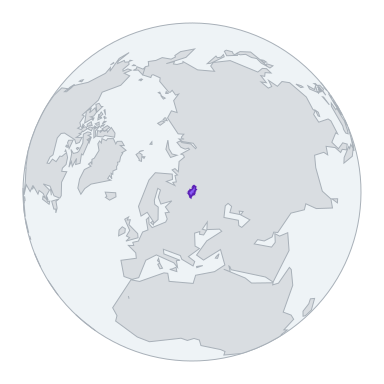 Kostroma on an orthographic globe, rotated 318°
{"feature_id": "RUS-2356", "entity_name": "Kostroma", "entity_type": "Region", "adm_level": 1, "iso_a3": "RUS", "parent_name": "Russia", "parent_adm1": "", "projection": "orthographic", "projection_center": [43.479, 58.454], "detail": "fine", "context": "on_globe", "style": "filled", "palette": "violet", "viewbox_px": 384, "rotation_deg": 318, "n_neighbors": 0, "source": "natural_earth", "source_scale": "10m", "svg_char_len": 13239}
<svg xmlns="http://www.w3.org/2000/svg" viewBox="0 0 384 384"><g transform="rotate(318 192 192)"><circle cx="192" cy="192" r="169" fill="#eef3f6" stroke="#a8b0b8"/><path d="M130.9,34.5L138.8,31.7L133.7,33.4L138.0,31.9L145.4,29.8L153.9,27.8L164.9,27.5L168.9,32.2L164.3,32.1L165.8,33.5L171.6,33.8L175.1,33.7L188.2,41.0L207.1,45.9L214.7,44.9L211.8,47.4L227.3,44.0L238.6,46.3L224.8,45.4L222.6,46.7L229.7,48.9L229.0,50.7L232.1,53.0L230.6,55.0L222.7,54.7L221.6,56.1L226.7,57.6L228.5,60.9L221.1,58.4L223.4,64.0L210.5,65.0L192.0,57.7L183.8,61.1L161.9,61.3L162.8,63.5L155.1,65.4L153.3,68.8L149.7,68.1L151.4,71.4L155.0,71.4L156.9,72.8L156.2,74.9L151.5,74.3L151.2,73.2L149.5,74.2L147.4,73.0L148.0,74.8L142.5,74.0L146.8,77.8L141.5,79.8L138.1,78.5L139.9,74.7L136.7,62.9L133.9,60.9L128.0,61.7L113.6,71.4L109.9,71.0L103.6,73.5L105.0,75.3L110.3,74.2L111.3,78.5L117.8,76.9L119.1,78.5L125.1,78.7L122.6,83.1L116.8,87.3L111.7,87.5L109.0,89.5L112.5,93.1L101.7,97.4L92.3,107.3L89.6,108.1L86.9,102.5L90.4,92.7L86.9,86.5L87.4,95.2L80.8,97.5L79.0,99.9L78.4,102.6L80.2,103.6L77.6,105.5L76.1,97.4L78.4,95.5L78.9,98.0L80.4,93.6L79.4,88.6L76.1,90.5L78.0,81.9L75.7,83.2L74.8,82.2L78.3,80.6L72.0,83.4L73.7,75.8L65.1,81.8L75.4,72.5L80.2,67.6L85.3,62.6L83.9,63.4L92.5,56.2L97.3,52.2L96.1,52.9L107.2,45.8L118.8,39.7L130.9,34.5ZM34.0,132.2L31.9,138.1L29.3,146.5L34.0,132.2ZM25.9,161.1L24.1,173.5L23.5,179.0L25.9,161.1ZM23.6,205.4L24.4,212.8L27.1,228.5L27.5,230.7L25.1,218.1L23.6,205.4ZM63.3,83.1L51.6,98.7L56.1,91.7L55.7,92.5L59.1,88.1L64.7,81.2L69.2,75.9L63.3,83.1ZM62.9,85.5L64.7,83.2L63.2,85.3L62.9,85.5ZM176.8,33.4L171.8,33.6L166.8,32.8L171.0,32.4L176.8,33.4ZM186.3,35.8L183.8,36.3L182.4,34.3L184.2,34.6L186.3,35.8ZM220.3,43.9L216.4,43.0L220.4,43.3L220.3,43.9ZM232.8,52.9L234.1,52.6L235.1,53.9L232.8,52.9ZM126.2,76.3L125.6,77.5L124.8,76.8L126.2,76.3ZM129.2,75.4L128.6,73.8L130.0,73.1L130.3,74.1L129.2,75.4ZM233.8,58.4L235.0,60.7L232.4,58.3L233.8,58.4ZM129.7,77.5L132.5,72.1L134.9,71.0L138.3,73.9L129.7,77.5ZM234.9,62.0L237.9,68.0L241.2,67.7L233.7,72.0L233.6,65.4L229.8,62.3L233.3,63.2L234.9,62.0ZM156.4,70.5L152.6,70.6L156.5,68.6L156.4,70.5ZM158.4,68.9L167.6,61.3L173.0,62.4L168.8,64.6L176.3,64.6L174.4,68.8L169.8,69.8L166.8,68.2L168.4,71.0L158.4,68.9ZM229.1,73.5L228.7,75.0L227.6,73.4L229.1,73.5ZM158.0,73.3L159.3,71.6L164.1,72.3L162.2,75.9L161.3,74.5L158.0,73.3ZM179.2,62.6L182.3,63.9L181.7,67.7L182.8,68.7L174.8,69.0L179.2,62.6ZM159.8,75.4L161.1,77.7L158.2,79.3L156.9,75.0L159.8,75.4ZM166.1,71.0L168.3,71.6L166.4,72.4L166.1,71.0ZM148.7,86.5L150.2,84.2L152.8,84.4L148.7,86.5ZM161.8,78.5L162.7,78.0L163.9,77.8L164.2,79.7L161.8,78.5ZM174.9,71.7L173.9,73.1L178.1,71.8L177.8,74.6L172.5,74.4L174.6,75.7L174.5,76.6L170.3,75.4L174.9,71.7ZM168.0,81.2L161.1,82.1L157.7,86.2L155.3,86.1L161.2,79.6L168.0,81.2ZM169.7,77.9L168.1,79.9L165.9,78.7L165.7,76.6L169.7,77.9ZM179.4,76.8L181.3,72.4L182.4,72.6L179.4,76.8ZM167.4,82.6L169.1,82.4L167.4,83.0L167.4,82.6ZM176.2,78.8L176.7,77.2L178.0,77.5L176.2,78.8ZM172.0,83.3L169.8,83.6L169.5,82.1L172.0,83.3ZM174.3,81.4L175.8,82.2L170.8,81.4L174.3,80.6L174.3,81.4ZM177.3,79.3L178.2,79.0L176.9,80.0L177.3,79.3ZM174.1,88.9L167.8,88.3L167.3,84.9L173.5,86.0L174.1,88.9ZM124.0,346.7L120.8,345.2L106.6,334.5L109.8,332.6L107.8,328.2L95.9,312.1L98.4,306.9L95.5,302.2L89.2,299.2L86.0,293.3L82.3,290.7L60.2,274.8L54.3,263.1L48.9,236.8L53.5,233.7L55.6,224.9L87.9,216.4L93.2,223.4L117.0,233.3L119.6,236.2L115.2,243.1L131.7,260.7L139.0,256.3L155.5,266.3L167.6,268.2L174.7,253.8L155.0,250.3L153.2,241.9L170.3,238.2L187.8,241.1L187.6,238.0L177.9,229.9L183.3,224.5L174.7,226.6L177.2,230.2L171.9,231.7L169.3,228.5L171.3,226.6L166.4,224.3L158.1,234.2L159.7,239.0L146.1,237.6L147.5,245.5L143.3,247.7L139.4,235.2L140.8,231.4L132.4,215.4L129.7,219.2L137.4,234.7L134.4,232.6L130.8,238.4L131.1,232.4L123.4,214.9L112.0,211.8L95.1,220.0L89.0,216.8L84.9,209.3L93.5,195.2L106.3,204.0L109.5,199.5L109.0,189.1L112.9,192.8L114.3,189.8L119.3,192.6L128.5,188.7L133.9,190.7L139.5,181.9L143.0,181.8L138.7,187.0L138.6,191.8L152.3,196.7L155.5,195.5L158.1,189.5L161.5,191.8L162.2,185.3L171.1,185.1L160.8,180.1L163.5,173.3L169.9,169.4L169.0,166.4L158.5,172.9L156.0,176.3L156.8,180.6L148.3,189.8L143.2,189.8L145.1,177.1L138.0,175.8L142.6,166.9L168.0,154.3L177.6,153.1L189.3,165.5L185.9,169.6L180.0,167.0L183.6,175.7L184.2,172.0L187.1,174.0L190.4,168.4L192.6,169.6L192.0,162.3L195.0,163.2L195.4,167.8L202.8,160.7L209.7,161.0L210.4,158.8L209.1,156.4L218.7,158.7L218.7,157.0L215.6,155.6L213.7,151.4L214.0,145.1L217.3,146.2L217.6,148.6L223.3,155.6L223.6,162.2L225.0,162.0L225.5,156.6L218.6,148.0L217.8,143.9L221.6,147.4L220.2,145.8L220.8,144.1L224.6,143.6L220.6,139.5L223.4,120.6L231.0,117.9L234.1,123.0L239.5,111.8L247.6,110.3L244.7,109.0L245.3,103.1L242.8,103.4L241.5,102.4L242.0,88.2L244.7,85.9L241.6,78.8L240.1,78.2L238.0,79.4L233.7,72.0L241.2,67.7L244.2,69.3L246.8,65.8L253.3,70.1L259.8,72.2L265.4,79.3L270.1,80.6L270.6,79.1L277.4,80.0L289.6,87.4L277.6,87.9L258.8,79.4L266.3,83.3L263.9,84.5L266.2,87.2L271.6,90.0L272.6,89.0L277.9,105.0L289.5,117.4L290.2,110.9L294.5,110.0L308.3,119.9L321.2,146.9L327.0,147.2L329.9,150.2L330.4,156.5L326.2,152.2L323.4,154.7L321.0,151.5L320.4,160.6L316.9,156.4L318.2,165.8L321.8,167.0L323.6,160.3L326.2,170.6L332.8,170.1L337.7,176.1L340.5,197.9L337.1,211.5L337.8,214.1L334.3,215.7L332.9,224.9L342.0,228.8L342.8,232.1L339.1,246.3L338.4,244.2L329.2,248.6L329.8,257.8L336.9,256.3L339.4,260.3L335.0,264.1L332.2,260.8L328.9,262.1L328.1,254.8L322.2,247.8L317.7,255.2L316.5,250.7L307.7,246.7L300.2,256.8L289.4,278.6L290.6,290.1L285.7,297.9L273.3,287.5L268.7,276.9L263.6,280.4L251.4,273.9L228.6,279.5L225.9,276.5L221.5,279.0L212.9,276.7L208.9,271.3L203.5,272.2L214.3,286.2L220.2,285.1L225.7,278.4L227.6,283.4L235.9,286.3L225.0,300.4L192.0,313.2L189.7,304.3L169.1,276.0L170.2,272.8L170.1,272.4L169.9,271.7L167.1,276.8L163.9,270.6L174.0,291.5L175.3,299.5L191.5,313.7L189.8,315.0L195.3,317.6L213.9,313.2L213.9,316.0L204.5,328.7L179.4,342.3L183.3,349.8L182.4,354.6L168.0,355.9L170.5,358.3L163.2,357.7L163.6,358.4L158.9,357.7L147.0,354.9L135.3,351.2L124.0,346.7ZM75.1,226.7L73.8,229.2L75.1,226.7ZM205.3,251.6L216.4,251.4L212.9,241.6L216.9,240.7L214.3,237.8L212.6,240.9L206.4,232.6L211.8,229.2L211.2,224.6L207.5,224.5L198.7,232.3L207.5,244.0L204.3,248.3L205.3,251.6ZM31.8,138.5L30.9,141.2L31.6,138.8L31.8,138.5ZM55.6,92.3L53.7,95.0L52.3,97.0L53.6,95.1L55.6,92.3ZM42.0,115.9L40.3,119.7L41.6,116.4L42.0,115.9ZM50.0,101.1L43.3,113.1L45.9,107.5L50.3,100.1L47.9,104.3L50.0,101.1ZM61.5,86.1L60.1,88.0L59.8,88.0L61.5,86.1ZM61.8,87.1L62.2,86.5L63.4,85.2L61.8,87.1ZM80.9,97.9L81.0,98.6L79.8,101.4L79.3,100.3L80.9,97.9ZM81.0,113.7L76.8,116.4L79.4,113.6L77.9,112.3L81.6,104.9L88.5,108.2L84.7,107.9L81.0,113.7ZM88.4,96.2L85.3,100.3L88.4,95.7L88.4,96.2ZM116.9,171.2L117.9,174.6L114.9,177.3L108.1,175.5L112.3,171.5L116.9,171.2ZM120.0,178.9L123.8,167.2L128.2,168.1L125.1,169.5L127.6,171.3L123.3,174.1L123.8,186.6L121.3,189.9L110.0,184.3L115.1,184.2L113.8,180.8L120.0,178.9ZM125.7,138.3L127.4,134.0L134.8,141.5L132.3,144.7L125.3,142.9L124.1,138.0L125.7,138.3ZM135.1,83.8L135.3,82.2L136.6,82.2L137.5,83.7L135.1,83.8ZM149.2,85.4L135.7,91.5L135.3,89.8L128.0,95.8L123.9,93.7L128.7,89.8L120.1,92.9L122.8,88.6L117.1,91.2L128.4,82.9L130.5,79.4L129.7,84.0L133.4,86.0L135.7,85.8L143.6,82.6L150.0,76.3L154.7,77.5L156.4,80.0L155.5,81.7L152.7,80.3L153.7,83.6L149.0,83.0L149.2,85.4ZM172.7,112.2L169.8,109.4L170.9,116.9L166.2,115.9L166.6,116.8L162.6,118.0L158.4,121.1L156.5,120.0L155.7,121.7L153.0,122.6L151.3,124.7L147.3,123.5L144.9,125.9L144.4,124.0L141.2,128.6L141.8,124.6L138.3,125.6L139.6,128.9L122.3,118.6L114.6,117.7L107.9,119.3L109.8,112.7L117.2,107.1L127.0,103.3L134.2,105.2L133.7,102.0L137.0,102.1L136.0,104.6L139.5,100.8L142.0,101.5L150.7,98.9L154.3,93.2L157.5,92.2L157.4,94.9L160.8,92.1L162.6,96.4L165.0,95.9L169.3,99.7L167.5,105.3L170.3,104.3L173.7,107.3L172.7,112.2ZM175.2,90.1L174.2,96.7L171.1,99.5L165.0,91.6L162.6,91.5L158.6,86.9L163.1,83.1L163.8,84.7L165.6,85.5L163.4,86.4L166.5,86.2L167.6,88.5L170.2,89.1L169.2,91.0L175.2,90.1ZM123.7,234.6L126.0,236.0L129.8,237.2L127.5,241.0L123.7,234.6ZM118.2,222.8L120.4,223.3L119.1,228.9L116.8,227.6L118.2,222.8ZM122.8,218.9L120.7,222.9L120.4,219.9L122.8,218.9ZM140.8,187.1L143.3,187.4L143.2,188.9L141.3,190.6L140.8,187.1ZM174.9,135.4L173.7,133.1L174.7,132.4L175.5,126.7L179.0,127.2L179.9,130.8L174.9,135.4ZM170.8,256.0L166.6,258.4L165.1,256.7L166.8,256.2L170.8,256.0ZM145.6,250.4L150.8,253.9L144.9,251.4L145.6,250.4ZM178.8,134.9L178.7,132.5L180.6,134.3L178.8,134.9ZM181.6,127.3L183.9,128.8L179.5,126.6L181.6,127.3ZM211.9,353.1L201.7,359.6L193.5,359.8L191.4,358.6L194.7,354.9L204.0,353.2L208.5,350.6L211.9,353.1ZM353.7,241.0L351.8,246.8L352.3,245.2L353.7,240.8L353.7,241.0ZM351.2,248.4L343.5,264.7L340.0,269.9L341.2,267.1L346.9,257.2L351.2,248.4ZM340.9,267.5L335.0,272.7L324.2,272.2L328.1,268.2L338.9,263.1L338.3,265.2L341.8,262.8L340.9,267.5ZM353.6,236.2L352.9,241.0L349.0,249.8L347.0,253.3L345.7,251.1L346.5,247.0L348.2,243.8L352.9,221.6L355.0,219.1L354.0,227.0L355.6,226.6L353.6,236.2ZM291.4,290.7L295.7,294.5L292.8,297.4L291.4,290.7ZM353.3,209.5L352.4,219.1L352.7,208.6L353.3,209.5ZM352.6,201.3L353.4,203.1L352.0,203.3L352.6,201.3ZM339.2,217.3L337.4,221.3L336.6,219.8L338.4,213.8L339.2,217.3ZM341.4,181.3L344.2,186.0L344.8,188.4L342.7,187.2L341.4,181.3ZM208.8,137.3L203.8,144.5L202.6,150.4L205.5,154.7L199.2,152.0L201.2,142.8L208.8,137.3ZM221.3,122.4L218.7,119.0L221.2,118.6L222.1,119.3L221.3,122.4ZM218.7,121.7L213.0,121.1L212.4,118.0L217.1,119.0L218.7,121.7ZM195.8,127.8L194.1,129.9L192.7,128.3L195.8,127.8ZM360.8,199.2L360.7,200.9L360.9,196.9L360.8,199.2ZM359.6,213.0L359.5,214.4L359.3,215.6L359.6,213.0ZM359.9,211.1L360.0,209.8L360.1,208.9L359.9,211.1ZM356.4,224.7L356.9,225.4L358.3,218.3L357.2,224.8L357.7,224.9L357.1,227.7L356.8,227.2L355.8,232.9L355.1,235.2L355.2,232.8L356.2,225.8L356.9,221.4L359.2,210.4L356.4,224.7ZM360.2,206.9L360.0,205.7L360.0,202.6L360.3,202.3L360.2,206.9ZM358.5,203.6L356.9,204.4L356.2,209.6L356.9,196.9L358.4,198.2L358.5,203.6ZM356.0,199.6L355.4,204.4L355.5,197.9L356.0,199.6ZM354.8,204.2L354.0,202.1L354.8,199.6L354.8,204.2ZM356.4,197.8L355.2,193.0L356.3,194.0L356.4,197.8ZM351.6,197.8L354.7,195.8L351.9,201.9L348.3,194.1L349.2,190.6L351.6,197.8ZM334.2,145.2L332.0,143.6L331.8,140.0L333.4,142.1L334.2,145.2ZM329.2,127.2L331.0,138.5L332.1,147.9L333.4,146.8L336.6,152.4L332.9,152.0L329.7,142.5L329.4,136.1L326.2,131.9L324.0,125.6L319.6,122.3L317.6,118.7L321.6,119.8L329.2,127.2ZM317.6,121.2L309.0,114.0L310.2,109.1L312.3,109.5L315.8,114.8L315.0,117.1L317.6,121.2ZM307.3,110.9L306.4,113.1L291.9,108.8L289.2,106.8L300.8,107.0L300.6,109.2L303.9,111.2L307.3,110.9ZM230.5,75.2L228.9,75.0L230.2,74.2L230.5,75.2ZM240.1,102.7L238.4,101.1L240.0,100.1L240.1,102.7ZM234.9,96.2L234.2,98.5L233.5,95.6L234.9,96.2ZM232.9,103.8L233.3,99.2L234.9,104.3L232.9,103.8Z" fill="#d9dde1" stroke="#a8b0b8" stroke-width="1"/><path d="M187.5,194.6L187.6,194.4L187.5,193.9L187.5,193.7L187.5,193.4L187.7,193.1L187.8,193.1L187.9,192.9L188.0,192.9L187.9,192.8L188.0,192.7L188.2,192.4L188.3,192.4L188.4,192.2L188.3,191.9L188.2,191.8L188.2,191.7L188.2,191.4L188.3,191.4L188.4,191.2L188.5,191.2L188.4,191.0L188.4,190.9L188.5,190.9L188.6,190.7L188.5,190.4L188.7,190.5L188.8,190.4L189.0,190.3L189.0,190.2L189.3,190.1L189.5,190.1L189.8,190.0L189.8,189.9L189.9,189.7L189.7,189.6L189.8,189.4L189.8,189.2L190.0,189.2L190.0,189.4L190.1,189.5L190.3,189.6L190.5,189.5L190.6,189.4L190.7,189.5L190.8,189.5L190.9,189.8L191.0,189.9L191.3,189.8L191.4,189.7L191.5,189.5L191.7,189.8L191.8,189.8L191.8,189.7L192.0,189.5L192.0,189.8L192.3,189.7L192.5,189.7L192.7,189.8L192.8,189.8L192.9,189.7L193.0,189.7L193.1,189.8L193.3,190.0L193.4,189.9L194.3,190.0L194.4,189.9L194.8,189.8L195.0,189.8L195.3,189.8L195.3,189.7L195.4,189.8L195.7,189.8L195.7,189.7L195.8,189.6L195.8,189.4L196.0,189.4L196.3,189.3L196.3,189.0L196.3,188.8L196.4,188.5L196.4,188.4L196.9,188.5L197.0,188.4L197.4,188.4L197.4,189.1L197.7,189.2L197.7,189.5L197.9,189.8L198.0,189.7L198.0,189.8L198.1,190.0L198.2,190.3L198.3,190.4L198.3,190.5L198.2,190.5L198.0,190.4L197.9,190.5L197.8,190.8L197.7,191.0L197.6,190.9L197.5,191.0L197.4,191.2L197.4,191.3L197.2,191.4L197.1,191.5L196.9,191.6L196.7,191.8L196.8,191.9L196.8,192.0L196.7,192.1L196.6,192.3L196.6,192.6L196.5,192.8L196.4,192.9L196.5,193.0L195.9,193.1L195.7,193.1L195.5,193.3L195.3,193.5L195.2,193.4L195.1,193.2L194.8,193.2L194.7,193.1L194.4,193.0L194.2,193.1L194.1,193.3L194.1,193.5L194.1,193.9L194.0,194.1L193.9,194.2L193.7,194.2L193.6,194.4L193.6,194.5L193.4,194.7L193.3,194.8L193.2,194.8L192.9,194.9L192.8,195.0L192.6,195.0L192.4,194.9L192.2,194.7L192.2,194.4L191.9,194.6L191.7,194.8L191.7,195.0L191.6,194.9L191.6,194.7L191.6,194.4L191.5,194.5L191.5,194.8L191.5,195.0L191.3,195.1L191.2,195.1L191.0,194.9L191.0,194.7L191.0,194.4L190.9,194.2L190.8,194.3L190.7,194.4L190.4,194.4L190.3,194.5L190.2,194.6L189.9,194.6L189.7,194.5L189.6,194.4L189.3,194.2L189.1,194.0L189.0,194.4L189.0,194.6L189.0,194.8L188.9,194.9L188.7,194.9L188.6,195.0L188.3,194.9L188.3,195.0L188.2,195.1L187.9,195.2L187.6,195.2L187.5,195.3L187.5,195.2L187.4,195.2L187.4,195.3L187.2,195.4L187.1,195.2L187.1,194.9L187.1,194.7L187.3,194.7L187.2,194.6L187.3,194.5L187.5,194.6ZM193.5,189.8L193.4,189.8L193.5,189.8Z" fill="#8b5cf6" stroke="#5b21b6" stroke-width="1.5"/></g></svg>